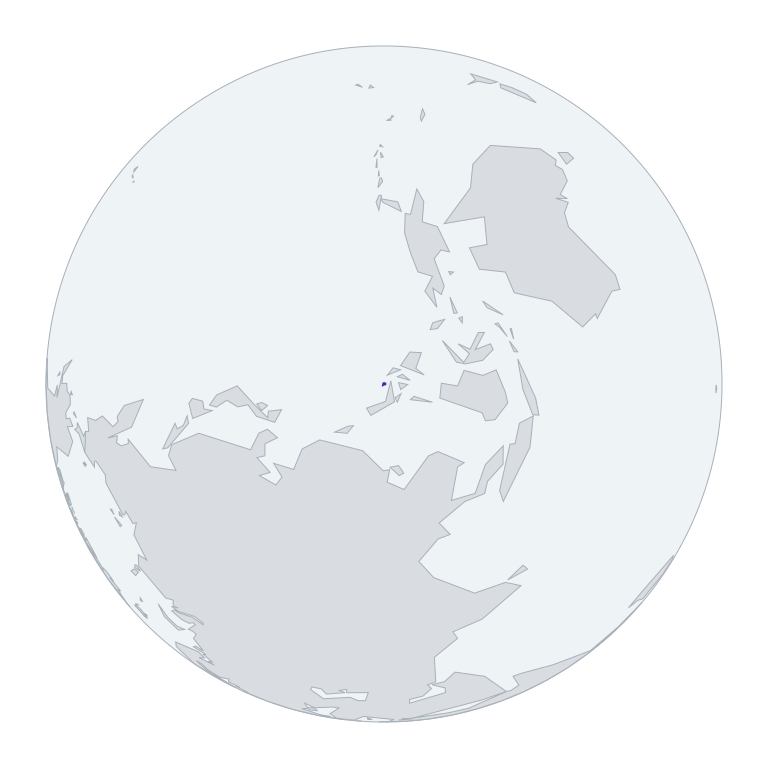 globe centered on Catanduanes, rotated 238°
{"feature_id": "PHL-2539", "entity_name": "Catanduanes", "entity_type": "Province", "adm_level": 1, "iso_a3": "PHL", "parent_name": "Philippines", "parent_adm1": "", "projection": "orthographic", "projection_center": [124.24, 13.808], "detail": "fine", "context": "on_globe", "style": "filled", "palette": "violet", "viewbox_px": 768, "rotation_deg": 238, "n_neighbors": 0, "source": "natural_earth", "source_scale": "10m", "svg_char_len": 10060}
<svg xmlns="http://www.w3.org/2000/svg" viewBox="0 0 768 768"><g transform="rotate(238 384 384)"><circle cx="384" cy="384" r="338" fill="#eef3f6" stroke="#a8b0b8"/><path d="M652.4,518.4L652.1,520.6L651.8,521.0L652.4,518.4ZM584.7,112.1L558.8,96.7L548.4,98.2L556.3,106.5L545.8,99.5L568.4,121.9L569.9,132.5L561.3,116.0L555.1,111.1L552.7,115.4L545.8,111.5L540.7,111.7L532.7,107.0L528.3,98.9L523.0,96.0L521.7,99.4L512.8,97.6L515.6,92.9L500.3,89.6L490.1,77.9L504.1,73.2L491.6,66.5L488.1,62.5L513.7,71.9L538.4,83.4L562.1,96.8L584.7,112.1ZM485.6,61.7L481.5,60.4L480.6,60.2L485.6,61.7ZM698.9,290.8L696.1,283.6L698.6,286.4L698.9,290.8ZM693.8,280.5L694.9,282.6L693.9,281.1L693.8,280.5ZM692.7,280.2L693.5,280.4L692.9,281.0L692.7,280.2ZM691.5,280.8L692.0,280.2L692.1,280.5L691.5,280.8ZM688.6,279.4L687.8,278.9L688.1,277.5L688.6,279.4ZM588.1,114.7L587.9,114.6L588.1,114.7ZM578.6,108.7L576.2,106.7L584.5,112.3L583.3,111.7L578.6,108.7ZM563.6,114.1L564.0,111.8L565.9,115.5L563.6,114.1ZM541.4,112.6L543.5,114.7L540.0,114.0L541.4,112.6ZM524.5,106.4L518.2,105.2L523.8,105.0L524.5,106.4ZM514.0,103.6L498.9,101.7L502.1,105.8L484.3,94.0L503.1,98.9L509.5,97.7L509.4,100.6L514.0,103.6ZM471.1,57.5L488.3,62.8L485.8,62.6L478.9,60.0L479.8,61.4L467.5,57.9L464.3,56.4L468.3,57.0L460.5,55.4L465.2,56.0L471.1,57.5ZM476.8,88.3L472.5,87.0L476.2,86.9L476.8,88.3ZM457.4,54.1L458.4,54.4L456.6,54.1L446.8,52.1L450.5,52.7L453.1,53.2L457.4,54.1ZM486.0,63.7L482.9,63.6L472.2,60.6L469.5,60.3L467.0,57.8L486.0,63.7ZM448.6,52.3L448.1,52.2L441.8,51.1L437.6,50.4L443.2,51.3L448.6,52.3ZM460.3,55.1L459.0,55.0L456.5,54.3L460.3,55.1ZM439.8,50.8L441.3,51.2L441.7,51.3L436.8,50.6L439.8,50.8ZM459.6,56.2L455.8,55.2L460.1,57.0L452.2,55.4L452.0,54.2L448.7,54.1L446.3,53.6L448.9,53.3L459.6,56.2ZM420.0,48.0L436.8,50.3L433.2,50.5L430.3,49.4L419.7,48.0L419.9,48.0L420.0,48.0ZM442.2,52.1L436.7,51.0L439.6,51.2L445.2,52.1L442.2,52.1ZM446.9,54.9L459.1,57.7L458.7,57.9L446.9,54.9ZM429.6,50.0L430.4,50.3L428.5,49.8L429.6,50.0ZM440.9,53.2L445.3,54.0L444.7,54.2L440.9,53.2ZM428.4,50.6L427.4,50.1L431.2,50.5L428.4,50.6ZM433.7,51.7L431.9,51.9L433.1,51.0L435.7,52.0L433.7,51.7ZM439.7,53.3L440.8,53.7L438.0,52.9L439.7,53.3ZM414.7,49.8L415.3,48.6L423.6,49.3L421.9,50.3L414.7,49.8ZM100.4,200.3L95.2,209.2L94.3,214.6L113.0,190.3L114.7,180.6L125.7,166.7L133.0,163.6L133.1,174.1L137.4,169.1L146.3,153.4L155.5,147.6L150.4,147.6L145.7,153.6L142.4,154.2L146.5,148.9L149.6,146.7L152.2,142.3L136.8,155.2L130.3,162.7L131.4,159.6L120.7,172.2L119.6,173.5L137.1,153.3L156.2,134.4L176.6,117.2L198.4,101.6L193.7,105.3L196.0,104.2L206.4,98.0L202.9,101.0L214.0,94.4L215.9,96.1L222.9,89.0L235.3,83.1L243.5,81.1L248.8,78.3L235.6,81.8L229.1,84.7L221.6,88.9L205.1,97.4L214.0,91.9L227.0,84.8L227.3,84.6L247.4,74.9L271.4,68.8L275.6,70.6L255.4,84.6L246.9,86.6L250.0,82.2L235.2,91.2L242.1,88.0L239.3,91.0L250.4,87.5L248.9,89.6L262.1,83.2L261.5,85.4L253.1,89.4L269.1,87.6L271.3,92.1L275.7,90.8L279.7,88.2L279.8,96.5L283.0,95.3L284.2,92.0L291.3,87.7L304.0,83.8L303.3,86.9L298.7,88.7L287.9,97.7L275.7,103.0L276.7,104.0L287.2,100.2L300.3,89.0L308.1,85.9L303.0,90.9L305.5,88.8L309.1,88.3L312.2,90.9L318.2,85.5L359.5,79.5L369.5,85.2L360.4,89.5L388.6,92.0L397.6,100.5L398.7,97.1L412.9,97.5L410.3,94.7L411.8,93.3L447.1,95.7L454.9,99.5L471.3,98.9L471.9,97.5L467.0,94.4L484.3,94.0L502.1,105.8L500.0,108.3L512.6,114.9L505.9,120.1L506.2,128.2L491.4,131.5L493.0,138.5L497.8,140.5L503.4,152.3L498.4,171.7L481.2,147.1L484.6,121.2L481.4,130.4L475.8,126.1L470.8,128.3L469.0,135.7L472.8,137.8L437.6,142.1L420.9,161.8L437.4,163.3L445.0,171.8L440.4,200.8L398.9,236.0L408.6,251.8L407.4,261.2L394.9,265.2L396.4,251.4L386.2,244.9L388.9,237.2L369.4,240.6L372.4,229.8L355.7,238.7L359.1,248.2L375.2,248.4L359.4,262.1L372.3,280.2L370.7,299.8L338.8,330.5L310.8,337.3L308.4,343.4L299.0,334.7L283.8,345.1L299.5,383.6L298.1,393.9L274.8,410.3L274.7,402.5L249.6,379.5L242.9,403.4L261.9,427.2L268.4,452.4L252.9,442.4L246.6,420.2L237.8,411.4L241.5,390.3L236.9,357.1L221.4,360.4L223.9,347.8L215.1,319.5L193.6,323.5L158.6,350.0L151.5,381.7L140.4,393.3L132.6,342.7L137.3,311.1L129.3,311.6L125.6,281.9L104.1,270.1L105.7,261.5L100.6,262.9L98.7,251.8L102.9,238.3L99.7,236.6L89.7,272.6L93.8,274.8L103.6,265.3L99.5,277.5L102.0,291.6L82.7,314.5L58.5,324.8L63.9,300.6L85.8,230.1L89.5,224.0L89.9,223.2L90.7,221.8L84.7,231.3L91.1,218.4L71.0,264.5L64.3,283.6L58.1,326.0L56.8,328.9L57.1,338.8L67.7,338.5L66.1,346.3L56.3,378.6L48.5,417.7L54.0,453.9L61.0,482.9L62.1,486.7L55.4,462.8L50.5,438.4L47.4,413.7L46.1,388.9L46.7,364.0L49.1,339.2L53.3,314.7L59.3,290.6L67.0,266.9L76.5,243.9L87.6,221.7L100.4,200.3ZM125.3,200.4L130.6,207.2L141.9,188.8L144.9,190.3L147.7,183.8L142.8,187.5L151.6,170.9L158.8,169.2L165.2,162.4L163.8,159.8L149.1,165.9L136.3,189.1L129.2,194.2L125.3,200.4ZM398.8,46.4L402.0,46.6L404.5,46.8L398.1,46.5L405.1,47.0L394.7,46.8L396.3,47.2L387.7,47.9L374.4,47.8L377.2,48.3L370.8,49.5L359.5,50.1L365.4,48.9L348.7,50.8L350.3,49.5L348.3,49.8L345.2,49.4L337.9,49.8L340.2,49.3L336.4,49.8L334.2,49.9L329.7,50.5L331.5,50.2L365.1,46.6L398.8,46.4ZM411.9,49.9L395.7,49.0L388.6,48.3L406.6,47.6L406.6,47.3L417.9,47.9L427.9,49.3L423.7,48.9L422.1,48.9L419.6,48.4L420.3,48.8L414.6,48.5L413.6,48.9L408.6,48.4L411.9,49.9ZM310.3,59.1L314.8,57.6L316.4,57.6L328.5,55.3L328.2,56.6L320.9,58.5L310.3,59.1ZM109.5,193.0L105.8,196.3L107.7,193.0L108.6,192.5L109.5,193.0ZM113.5,181.5L110.0,186.5L112.1,183.4L113.5,181.5ZM312.1,60.1L317.1,58.9L313.9,60.4L312.1,60.1ZM328.7,57.6L326.1,59.1L329.6,56.6L328.7,57.6ZM200.4,660.6L207.3,665.0L204.2,664.1L200.4,660.6ZM70.9,491.9L85.3,538.7L82.2,535.1L74.7,518.9L64.7,489.4L66.0,484.9L64.7,472.8L70.9,491.9ZM353.4,517.7L363.9,520.1L363.6,521.5L353.4,517.7ZM342.4,511.4L354.2,513.1L340.4,514.5L342.4,511.4ZM358.9,513.7L371.0,512.0L376.2,510.0L375.4,513.1L358.9,513.7ZM334.4,510.7L291.9,505.2L275.5,498.9L279.1,493.9L305.7,498.9L334.4,510.7ZM277.8,493.6L253.0,474.3L221.2,422.9L232.5,425.7L266.2,459.0L264.0,463.5L279.0,478.1L277.8,493.6ZM338.9,472.4L336.6,486.6L312.9,482.6L302.3,478.9L294.9,459.4L299.0,450.5L307.6,451.9L342.5,423.9L354.3,433.1L343.3,445.4L353.1,459.1L338.9,472.4ZM152.3,385.1L156.7,405.9L151.0,407.7L152.3,385.1ZM357.6,402.9L342.9,415.4L356.7,398.1L357.6,402.9ZM366.5,386.1L366.8,393.3L361.6,385.8L366.5,386.1ZM307.1,353.1L297.9,353.5L298.2,348.4L310.2,345.0L307.1,353.1ZM369.4,316.6L367.3,331.1L364.9,335.9L361.7,326.6L369.4,316.6ZM317.3,76.0L300.7,77.0L288.6,80.1L281.5,84.8L284.3,79.2L303.0,74.5L317.3,76.0ZM354.3,78.4L360.4,75.3L362.6,77.1L361.5,78.1L354.3,78.4ZM354.6,76.2L353.1,71.8L359.6,70.5L359.6,74.1L354.6,76.2ZM331.9,64.0L327.0,64.0L329.7,62.7L331.9,64.0ZM573.2,640.0L577.1,641.3L567.5,649.6L554.2,658.4L541.8,662.1L573.2,640.0ZM475.0,664.4L473.7,655.3L488.1,654.4L482.9,662.5L475.0,664.4ZM582.5,633.1L591.1,624.0L593.6,613.5L593.4,622.8L601.1,621.9L580.1,640.2L582.5,633.1ZM419.5,623.7L354.1,638.1L339.2,634.3L342.0,626.4L326.6,599.6L331.4,600.6L327.1,582.7L365.2,570.3L392.3,542.8L414.6,546.3L430.8,525.7L454.2,528.6L447.7,545.3L472.6,557.7L488.1,520.0L504.5,561.3L523.3,575.8L530.0,600.6L500.6,641.1L482.7,648.7L478.7,645.1L471.3,649.0L459.2,647.1L451.3,633.9L444.1,637.7L450.6,628.1L440.4,636.5L433.6,627.8L419.5,623.7ZM587.1,555.0L590.8,555.9L597.0,562.5L591.0,561.6L587.1,555.0ZM643.0,527.9L644.8,530.9L640.9,532.3L643.0,527.9ZM651.8,521.0L647.1,523.0L652.4,518.4L651.8,521.0ZM605.6,530.6L607.5,533.0L606.0,534.0L605.6,530.6ZM604.0,529.8L606.1,525.7L605.9,529.8L604.0,529.8ZM585.9,508.5L588.0,506.3L589.1,507.9L585.9,508.5ZM379.5,521.7L394.0,511.9L402.1,511.6L379.5,521.7ZM582.5,504.0L577.0,503.8L577.5,501.5L582.5,504.0ZM582.8,498.9L582.1,495.8L585.7,503.0L582.8,498.9ZM572.0,492.0L578.9,497.5L571.2,492.7L572.0,492.0ZM568.0,492.8L563.1,490.4L563.4,489.4L568.0,492.8ZM513.7,496.3L532.0,515.2L517.6,514.4L501.3,502.4L489.2,512.7L461.3,509.6L467.5,503.3L463.6,492.9L435.2,487.0L429.5,480.0L439.5,476.2L421.0,469.5L441.2,467.9L449.6,482.2L461.1,472.2L481.3,476.0L501.2,481.5L517.5,492.4L513.7,496.3ZM441.6,498.1L445.1,498.4L442.1,502.3L441.6,498.1ZM553.7,482.8L560.8,489.5L560.0,491.1L556.5,490.1L553.7,482.8ZM521.2,490.1L538.6,479.3L542.7,479.6L531.2,492.2L521.2,490.1ZM534.2,471.8L542.4,473.6L546.8,480.1L545.1,481.8L534.2,471.8ZM400.3,482.3L399.5,486.1L394.3,482.7L400.3,482.3ZM406.9,480.6L422.7,486.0L405.5,483.8L406.9,480.6ZM360.1,463.1L364.5,472.6L378.7,468.2L367.9,475.4L377.7,491.2L374.5,496.4L364.8,479.5L361.7,495.7L355.4,494.8L351.8,480.2L358.0,463.5L364.2,457.0L389.9,456.5L360.1,463.1ZM406.7,469.6L402.6,458.7L405.7,452.0L410.2,457.9L406.7,469.6ZM390.8,432.3L380.3,419.2L370.4,422.9L390.8,407.8L397.4,422.9L390.8,432.3ZM382.5,404.8L373.2,408.1L383.1,399.2L382.5,404.8ZM371.0,403.8L370.4,395.2L377.5,397.1L371.0,403.8ZM387.3,405.6L389.7,391.5L392.9,400.3L387.3,405.6ZM368.4,376.1L383.1,391.5L363.3,383.5L364.3,356.2L372.8,356.4L368.4,376.1ZM427.4,273.8L426.3,266.3L434.5,265.4L432.9,270.8L427.4,273.8ZM460.2,258.5L436.3,262.9L417.0,267.5L422.2,271.5L416.5,283.5L409.4,271.0L424.1,258.8L438.5,257.6L442.1,247.8L453.5,242.1L453.2,229.6L458.7,224.9L463.4,236.3L460.2,258.5ZM452.5,224.3L456.1,203.5L470.9,208.2L473.4,213.8L465.5,221.1L458.2,218.1L452.5,224.3ZM461.3,200.2L454.2,197.4L444.5,166.9L446.2,161.9L461.4,186.0L455.5,184.9L455.3,192.0L461.3,200.2ZM473.1,88.7L472.6,87.2L475.7,88.9L473.1,88.7ZM410.0,91.8L412.8,90.1L416.4,91.8L410.0,91.8ZM422.2,86.7L416.2,85.9L422.8,85.5L422.2,86.7ZM402.8,84.7L414.0,85.0L403.0,86.7L402.8,84.7Z" fill="#d9dde1" stroke="#a8b0b8" stroke-width="1"/><path d="M385.0,383.6L384.9,383.7L384.9,383.8L385.0,383.9L385.0,384.0L384.9,384.1L384.9,384.4L384.9,384.5L385.0,384.7L385.0,384.8L384.8,384.9L384.7,384.9L384.6,385.0L384.5,385.4L384.5,385.5L384.5,385.4L384.4,385.3L384.3,385.2L384.2,385.2L384.0,385.3L383.9,385.3L383.8,385.5L383.7,385.7L383.3,385.4L383.1,385.2L382.9,385.2L382.8,384.9L382.8,384.7L383.0,384.7L383.2,384.4L383.3,384.2L383.4,383.9L383.3,383.6L383.4,383.4L383.3,383.1L383.3,382.9L383.4,382.7L383.4,382.4L383.5,382.5L383.7,382.4L383.8,382.3L384.0,382.5L384.2,382.9L384.2,383.1L384.3,383.1L384.4,383.3L384.5,383.3L385.0,383.6Z" fill="#8b5cf6" stroke="#5b21b6" stroke-width="1.5"/></g></svg>